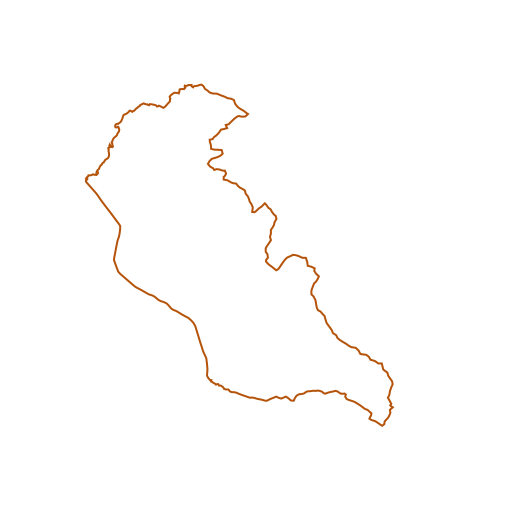 Sigowet/Soin, Rift Valley, Kenya (Mercator projection), rotated 294°
{"feature_id": "3690345B8364842533504", "entity_name": "Sigowet/Soin", "entity_type": "district", "adm_level": 2, "iso_a3": "KEN", "parent_name": "Kenya", "parent_adm1": "Rift Valley", "projection": "mercator", "projection_center": [35.118, -0.326], "detail": "fine", "context": "isolated", "style": "outline", "palette": "amber", "viewbox_px": 512, "rotation_deg": 294, "n_neighbors": 0, "source": "geoboundaries", "source_scale": "gbopen_adm2", "svg_char_len": 6060}
<svg xmlns="http://www.w3.org/2000/svg" viewBox="0 0 512 512"><g transform="rotate(294 256 256)"><path d="M390.4,136.6L389.3,134.9L388.2,133.8L386.8,132.0L386.3,130.9L385.7,130.1L384.5,129.9L384.7,128.8L385.1,127.8L386.0,127.5L385.4,126.4L384.9,125.0L384.0,124.3L382.9,122.9L382.7,121.7L381.5,122.0L381.1,122.9L380.2,122.8L379.2,122.4L378.8,121.3L378.4,120.3L377.2,118.5L376.1,118.7L374.7,119.2L373.1,119.3L373.2,118.1L372.5,116.7L372.2,115.6L371.6,114.7L369.5,113.4L368.1,112.8L367.2,112.5L366.4,112.3L365.8,112.8L365.0,113.7L363.5,113.9L362.2,114.5L358.9,113.3L355.6,112.3L353.7,111.2L353.9,107.3L353.8,106.1L353.0,105.8L352.3,104.7L352.9,103.8L352.8,101.9L352.4,100.3L352.2,99.1L351.5,97.2L350.2,97.0L350.1,96.0L350.4,95.1L349.9,94.0L349.7,92.7L349.8,91.4L347.5,89.4L346.5,88.7L345.5,88.7L344.6,87.9L343.3,87.4L342.4,86.8L341.4,86.4L339.1,85.6L338.5,84.8L337.4,84.4L337.7,82.2L337.2,81.3L336.1,81.2L334.0,80.2L332.7,79.3L331.8,78.3L330.5,77.6L328.9,77.8L327.8,78.0L326.8,78.0L324.5,78.0L323.2,77.7L321.8,77.0L320.5,76.1L320.2,75.1L319.3,74.6L318.2,74.2L317.1,74.6L316.4,75.3L316.8,76.5L318.0,77.3L317.6,78.2L316.7,78.8L316.1,79.6L313.8,80.2L312.7,79.8L311.2,79.7L309.8,79.8L308.7,79.5L305.9,78.1L303.6,77.9L302.2,78.1L301.0,77.9L300.4,78.8L299.5,79.4L298.6,79.9L298.0,80.7L297.1,80.6L296.7,79.3L297.6,78.2L298.3,77.1L297.1,77.2L296.4,77.9L295.6,78.0L294.8,77.1L294.0,77.4L293.1,78.3L291.8,78.6L290.0,80.0L287.9,80.9L286.5,81.1L285.1,80.9L283.2,79.6L282.2,79.1L279.5,78.8L278.7,78.1L277.8,77.9L276.7,77.9L275.5,77.2L273.9,77.0L272.7,77.1L271.4,77.1L270.4,76.5L269.5,76.3L268.6,76.1L267.6,76.3L268.6,77.1L267.5,77.9L266.0,77.7L265.1,77.2L264.4,75.0L264.4,73.9L263.5,73.3L262.6,72.4L261.5,70.1L260.6,70.2L258.8,69.4L257.9,69.3L258.1,70.4L257.2,70.7L256.5,69.8L255.1,70.1L254.5,70.9L252.7,74.8L248.3,84.4L247.0,86.8L243.8,91.9L240.9,97.1L235.6,106.9L231.5,114.1L230.1,116.7L229.0,118.6L228.1,119.8L224.9,121.1L220.1,122.5L218.2,122.9L213.6,123.3L210.3,124.0L197.1,127.1L194.5,127.9L186.0,136.1L185.5,136.9L184.5,139.1L179.7,154.9L178.8,158.2L178.6,159.5L178.3,164.5L177.5,172.3L177.4,174.1L177.8,177.5L177.7,178.6L177.5,180.2L176.3,184.5L176.1,185.7L176.1,187.6L176.4,190.4L176.4,192.5L176.3,193.4L176.1,194.4L175.3,196.3L173.6,199.7L173.3,201.2L173.2,202.4L173.3,205.8L172.5,211.8L172.1,216.3L171.9,219.7L171.3,221.2L171.1,222.2L170.2,224.4L169.4,226.1L167.4,228.9L164.7,231.3L155.1,239.6L149.0,245.1L148.2,245.7L146.3,247.7L143.1,251.4L142.2,252.3L138.2,254.7L133.4,257.4L130.5,258.6L127.4,259.6L126.6,260.1L125.0,262.2L124.0,264.5L124.4,265.7L123.1,265.9L123.1,267.0L122.7,269.3L122.7,270.5L122.2,271.8L123.0,272.4L123.6,273.5L122.6,275.0L123.1,276.0L123.3,277.0L122.8,279.1L122.4,280.0L121.6,280.9L121.8,282.5L122.2,283.7L122.8,285.0L122.4,286.0L121.7,287.1L121.7,288.5L121.9,289.7L122.4,290.6L122.8,291.7L122.9,292.6L123.2,293.9L123.1,295.6L123.2,297.7L123.8,305.3L124.0,307.6L124.2,308.6L124.9,309.5L125.4,310.9L125.7,312.6L125.9,314.2L126.1,315.6L126.8,318.7L127.1,319.8L127.3,321.9L127.7,323.7L128.2,324.8L131.1,327.2L133.1,329.1L135.8,331.8L135.7,334.8L136.0,337.0L139.7,340.5L139.2,343.6L138.5,345.6L138.2,346.8L139.2,349.4L142.0,349.3L144.2,349.7L145.4,350.2L147.4,351.8L148.5,353.9L150.0,355.8L152.3,357.1L153.1,357.9L153.7,358.9L154.7,360.8L155.9,362.6L156.3,363.4L157.3,365.9L158.3,367.3L158.7,369.2L158.9,371.6L158.3,373.2L158.3,375.2L159.2,376.0L160.2,377.1L161.8,379.0L163.7,381.7L165.2,383.6L165.4,385.7L164.7,389.4L165.7,391.8L166.4,392.9L166.0,394.4L163.8,394.7L162.3,396.8L162.2,398.5L162.3,399.9L162.7,403.5L162.8,405.7L162.0,411.6L160.6,417.8L160.8,420.5L160.0,422.9L159.3,425.4L156.9,426.0L155.1,425.7L153.5,425.8L153.2,427.5L153.2,428.5L153.6,431.9L153.5,432.9L152.8,437.0L152.4,438.9L152.3,440.4L154.7,441.6L156.8,440.9L157.8,441.0L161.8,442.4L164.2,442.7L167.5,442.5L169.9,440.9L173.4,442.5L173.6,441.1L174.1,439.4L176.0,439.7L178.1,437.0L180.2,434.1L182.8,434.4L187.3,433.3L191.3,433.0L194.4,433.0L196.8,431.4L198.6,428.4L200.5,425.4L203.0,423.3L203.5,420.7L204.1,418.4L209.0,414.6L207.6,411.5L208.4,407.4L208.1,404.6L207.8,402.7L209.7,400.3L210.6,397.0L208.9,391.3L211.4,388.1L212.7,384.4L211.5,380.1L211.8,376.9L212.4,374.3L212.8,370.8L213.3,366.8L214.3,363.7L216.3,361.4L216.8,357.8L219.3,355.1L223.5,347.8L226.2,345.4L229.1,343.0L229.7,341.3L231.5,337.5L231.7,334.6L233.6,332.5L236.5,330.5L239.7,328.4L242.4,325.2L243.5,322.2L246.2,321.0L247.5,320.6L248.8,320.5L254.6,320.2L256.7,321.2L259.8,321.7L263.0,321.7L264.3,318.0L266.1,315.3L268.6,314.6L268.7,310.8L268.1,307.2L271.3,305.3L274.6,302.3L273.2,299.1L273.3,295.2L273.0,292.2L272.0,289.1L271.0,288.5L267.5,285.3L266.7,284.8L263.8,283.8L260.5,283.1L255.4,282.2L252.9,281.6L251.2,280.3L252.5,275.3L253.4,271.3L253.9,269.9L255.0,267.4L256.5,266.8L259.2,267.6L262.3,265.7L263.8,263.2L267.0,261.7L269.8,262.0L272.8,262.6L276.6,263.2L279.1,261.0L282.6,260.5L285.3,259.2L286.3,259.0L288.5,259.5L291.4,259.8L293.0,259.5L294.1,259.2L298.2,259.6L300.7,257.6L300.9,256.5L301.4,255.2L302.5,253.1L304.6,250.3L305.1,247.5L306.7,245.1L307.3,243.8L307.7,242.6L303.6,241.1L300.5,239.2L296.4,237.5L295.4,236.8L294.7,234.6L298.4,233.5L299.2,233.2L301.7,230.5L303.1,228.1L304.6,226.9L305.6,226.0L307.3,224.1L308.7,221.3L311.4,219.1L311.8,215.8L311.9,213.5L312.6,211.2L314.1,208.4L313.2,205.6L313.1,203.0L313.6,199.3L312.7,195.4L315.1,194.3L316.3,194.9L319.0,195.2L321.3,192.9L320.4,190.7L320.2,187.6L319.3,184.6L317.6,182.9L318.7,181.1L319.0,177.8L320.6,174.6L324.1,175.0L326.8,176.1L329.0,178.7L331.0,180.9L333.3,182.8L335.9,183.9L338.8,181.6L337.4,177.5L336.2,174.6L335.6,171.5L339.2,169.5L341.4,167.5L343.4,166.4L345.1,168.8L347.3,169.2L349.8,170.6L353.5,172.0L357.2,172.6L358.9,175.0L361.1,177.6L363.4,175.1L365.2,177.4L372.5,180.3L375.4,181.9L376.1,182.5L377.0,183.6L377.5,186.4L379.2,189.6L382.5,190.9L382.7,189.3L383.6,185.8L383.9,182.7L384.1,181.4L384.5,179.3L384.8,178.4L386.5,175.1L389.5,172.4L389.5,168.9L388.6,165.9L388.8,162.7L388.5,159.0L388.4,154.3L386.9,150.5L386.5,147.4L387.5,144.1L387.9,141.4L389.7,139.1L390.4,136.6Z" fill="none" stroke="#b45309" stroke-width="2"/></g></svg>